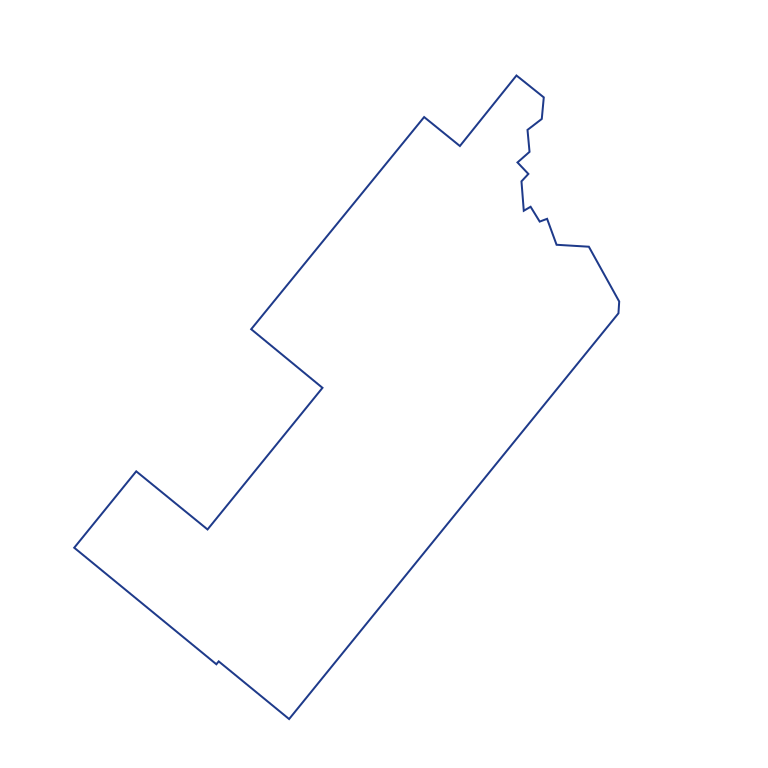 Sibley, Minnesota, United States of America, rotated 309°
{"feature_id": "52423323B33552570255615", "entity_name": "Sibley", "entity_type": "district", "adm_level": 2, "iso_a3": "USA", "parent_name": "United States of America", "parent_adm1": "Minnesota", "projection": "albers", "projection_center": [-94.075, 44.587], "detail": "fine", "context": "isolated", "style": "outline", "palette": "blue", "viewbox_px": 768, "rotation_deg": 309, "n_neighbors": 0, "source": "geoboundaries", "source_scale": "gbopen_adm2", "svg_char_len": 498}
<svg xmlns="http://www.w3.org/2000/svg" viewBox="0 0 768 768"><g transform="rotate(309 384 384)"><path d="M160.2,246.4L61.8,246.3L60.7,430.1L64.4,430.1L63.9,521.1L586.5,521.7L596.1,514.9L619.6,456.8L600.8,430.5L615.0,406.8L608.2,402.8L614.0,386.4L606.6,383.6L628.0,363.3L638.1,364.0L640.2,348.3L656.0,351.0L671.8,335.6L689.3,339.8L707.3,327.8L707.1,292.8L616.7,293.2L616.7,247.2L525.4,246.9L343.0,246.3L342.3,338.6L159.9,338.4L160.2,246.4Z" fill="none" stroke="#1e3a8a" stroke-width="2"/></g></svg>